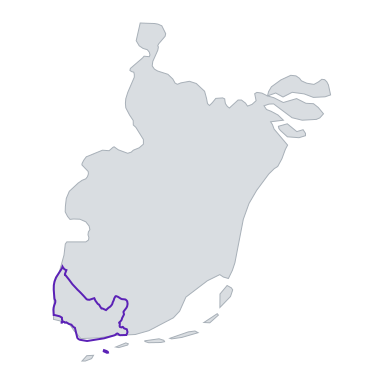 where Groningen sits in Netherlands, rotated 180°
{"feature_id": "NLD-897", "entity_name": "Groningen", "entity_type": "Province", "adm_level": 1, "iso_a3": "NLD", "parent_name": "Netherlands", "parent_adm1": "", "projection": "mercator", "projection_center": [6.616, 53.2], "detail": "fine", "context": "in_parent", "style": "outline", "palette": "violet", "viewbox_px": 384, "rotation_deg": 180, "n_neighbors": 0, "source": "natural_earth", "source_scale": "10m", "svg_char_len": 4708}
<svg xmlns="http://www.w3.org/2000/svg" viewBox="0 0 384 384"><g transform="rotate(180 192 192)"><path d="M243.8,361.0L236.5,360.7L229.7,360.5L226.1,359.9L222.2,358.2L220.4,354.6L218.3,350.3L218.9,347.7L225.3,340.2L226.3,338.2L225.6,337.1L226.2,333.8L231.2,322.6L231.8,318.1L229.6,314.9L226.4,313.0L216.1,309.7L211.2,305.0L208.9,300.9L206.6,299.7L203.2,301.1L194.6,302.7L187.7,300.5L179.4,292.7L177.5,285.7L176.5,280.4L174.5,278.5L171.7,281.3L168.2,285.6L161.3,286.1L159.3,285.1L159.0,282.7L158.6,280.4L156.7,277.6L154.6,276.0L145.9,284.0L142.6,284.0L138.5,280.9L136.5,277.9L132.0,279.6L127.9,283.3L129.3,290.3L127.1,291.6L122.1,290.9L116.5,288.1L110.2,286.3L100.7,281.5L87.4,285.4L78.1,280.7L70.5,280.3L65.7,276.5L60.5,270.2L64.2,266.1L67.7,264.6L81.8,263.8L92.0,266.3L110.4,280.1L115.0,279.9L120.0,278.2L117.5,274.5L112.9,272.7L106.0,269.0L100.6,263.8L113.4,262.2L111.6,259.5L109.9,254.9L96.4,238.9L98.7,234.5L102.1,225.2L106.3,217.5L109.7,215.4L115.3,209.9L127.3,193.7L135.0,180.5L140.7,164.7L149.1,121.2L151.6,113.7L155.6,105.5L160.7,107.0L164.2,109.4L176.7,103.2L198.1,86.9L204.4,72.8L210.6,66.2L235.2,53.3L248.7,49.5L269.7,48.5L284.9,46.2L303.1,45.4L310.0,53.3L314.0,59.1L320.5,62.3L330.5,64.6L329.9,76.0L330.0,98.5L329.2,102.5L324.7,112.0L320.0,128.9L318.7,140.0L317.2,142.1L298.2,142.1L295.5,144.0L295.1,146.4L296.0,149.2L295.6,152.1L294.1,154.4L294.9,158.0L298.2,162.2L304.2,164.8L310.7,165.0L314.0,164.6L316.4,167.5L318.8,172.1L318.6,177.8L317.7,185.6L314.7,192.7L305.9,200.9L301.9,203.7L298.2,205.2L296.5,207.4L295.6,210.1L295.8,212.5L302.1,219.1L301.9,220.6L300.1,224.0L297.7,227.2L281.5,233.8L274.9,233.3L271.1,236.6L269.9,237.2L265.7,234.2L256.3,230.7L252.7,231.9L250.7,233.8L244.8,236.2L240.6,239.8L240.6,244.5L248.1,256.6L250.7,259.0L250.8,263.5L254.5,269.1L258.2,276.2L258.6,280.7L258.2,285.3L256.2,291.7L249.7,306.8L249.7,309.6L250.2,311.8L252.4,312.4L254.1,313.6L253.6,315.6L241.5,326.0L239.9,327.8L234.8,327.3L234.0,329.0L234.7,331.8L236.7,334.3L241.0,335.6L244.8,338.2L247.8,343.3L243.8,361.0ZM116.5,288.1L115.4,292.4L112.6,297.2L103.1,304.1L93.2,308.7L88.0,308.1L84.5,305.7L82.6,303.2L77.3,300.8L70.0,299.6L65.4,302.2L62.2,304.7L59.3,304.3L57.2,302.2L55.6,299.1L53.4,289.1L58.9,287.2L70.6,286.6L79.8,290.1L91.8,291.7L101.0,287.0L108.3,291.0L116.5,288.1ZM96.6,247.2L103.6,253.5L105.1,255.5L105.6,257.7L96.7,260.2L87.2,252.4L80.9,254.3L78.5,250.6L78.5,248.3L85.0,246.3L96.6,247.2ZM164.0,90.0L156.9,98.5L152.6,96.1L151.3,94.1L153.5,87.5L164.1,76.5L164.0,90.0ZM195.7,52.1L189.0,53.0L185.9,51.3L202.1,46.6L212.4,45.1L214.2,45.7L195.7,52.1ZM239.2,43.2L225.0,45.2L220.2,43.7L219.4,42.3L223.2,41.5L235.4,41.3L239.1,42.5L239.2,43.2ZM180.1,61.5L166.8,70.3L165.6,68.9L174.2,61.2L180.1,61.5ZM297.2,28.3L290.5,28.7L292.4,25.4L298.6,23.0L302.0,23.0L297.2,28.3ZM268.3,37.0L258.2,41.1L255.7,40.2L256.3,39.0L265.2,36.4L268.3,37.0Z" fill="#d9dde1" stroke="#a8b0b8" stroke-width="1"/><path d="M330.3,69.0L330.5,72.5L330.6,74.4L330.4,76.3L329.9,78.3L328.9,81.0L328.7,81.9L328.7,83.4L329.0,84.1L329.4,84.8L329.6,85.8L330.3,94.4L330.2,98.7L329.5,102.5L328.0,106.5L322.0,115.8L321.5,117.4L321.1,116.7L319.8,115.0L319.0,114.4L317.6,113.9L319.1,109.9L319.1,109.5L319.0,108.9L318.5,108.8L315.0,104.4L311.6,99.8L308.9,96.9L306.4,94.2L305.0,92.9L303.3,91.2L300.1,87.8L297.6,85.0L297.2,84.7L296.5,84.4L294.6,84.2L290.1,85.7L289.7,85.8L289.6,85.6L289.5,85.4L288.7,83.5L286.3,80.2L285.5,79.6L285.1,79.5L284.9,79.3L283.7,77.2L282.5,75.5L281.7,75.6L280.4,75.0L278.0,73.9L275.4,76.3L274.1,77.1L273.1,78.1L272.0,79.5L271.5,80.7L271.5,80.9L271.3,81.6L270.4,83.5L270.1,84.3L269.8,85.5L268.6,87.6L268.0,87.9L266.6,87.4L265.9,87.1L263.3,85.4L262.1,84.9L259.0,84.6L258.4,84.4L257.4,83.5L256.8,82.7L256.4,80.1L256.9,77.5L257.7,76.0L260.4,72.5L260.5,72.0L260.5,71.7L260.4,71.3L260.3,70.9L260.2,70.6L260.1,70.1L260.0,69.6L260.9,67.8L261.9,65.9L262.3,64.4L262.6,63.8L263.5,62.7L264.7,61.6L264.9,61.3L264.9,61.2L264.5,61.0L264.3,60.9L264.2,60.8L264.2,59.6L264.4,58.1L264.2,57.4L264.0,57.0L262.6,56.6L262.4,56.6L262.2,56.7L261.8,57.0L261.6,57.1L261.3,57.1L261.1,57.0L260.9,56.9L260.6,56.5L260.2,55.9L259.9,55.7L259.6,55.5L258.3,55.1L257.2,54.7L256.5,52.0L256.9,50.6L257.7,49.0L264.0,48.8L264.7,49.1L266.0,50.2L266.7,50.5L267.3,50.3L269.2,48.8L279.9,45.7L296.9,43.0L304.0,44.2L305.5,44.9L306.7,46.2L309.1,56.2L309.5,56.3L311.3,57.6L311.4,57.9L311.7,58.2L312.1,58.7L312.6,59.3L314.9,60.0L317.7,61.7L319.0,61.3L319.6,62.0L320.5,62.2L321.3,61.9L322.0,61.3L322.4,61.3L322.4,62.1L321.9,62.6L321.6,62.9L321.6,63.5L322.0,64.5L322.1,66.4L324.3,67.7L329.5,69.0L330.3,69.0ZM276.0,31.4L277.0,31.2L281.0,33.0L280.7,33.0L280.4,33.1L280.2,33.4L280.0,33.9L277.5,33.0L276.2,32.2L276.0,31.4Z" fill="none" stroke="#5b21b6" stroke-width="2"/></g></svg>